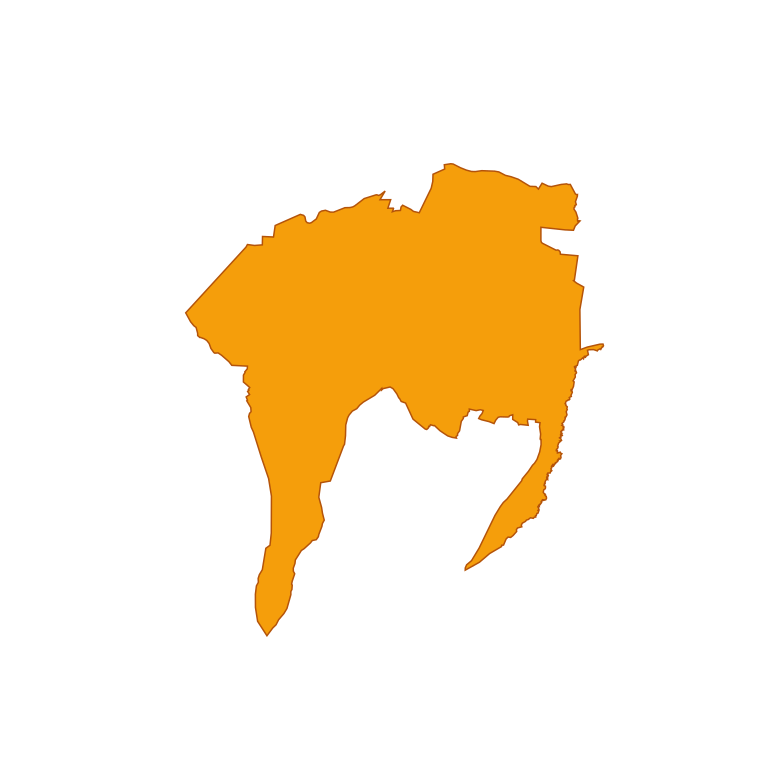 Draganesti, Bihor, Romania (Equal Earth projection), rotated 127°
{"feature_id": "2599482B33118901585448", "entity_name": "Draganesti", "entity_type": "district", "adm_level": 2, "iso_a3": "ROU", "parent_name": "Romania", "parent_adm1": "Bihor", "projection": "equal_earth", "projection_center": [22.416, 46.641], "detail": "fine", "context": "isolated", "style": "filled", "palette": "amber", "viewbox_px": 768, "rotation_deg": 127, "n_neighbors": 0, "source": "geoboundaries", "source_scale": "gbopen_adm2", "svg_char_len": 6171}
<svg xmlns="http://www.w3.org/2000/svg" viewBox="0 0 768 768"><g transform="rotate(127 384 384)"><path d="M446.5,585.2L450.7,575.9L451.9,571.0L451.9,568.1L455.6,563.4L457.5,561.9L457.7,559.1L457.3,558.7L456.1,554.8L455.9,551.7L456.9,548.0L459.8,543.6L461.3,538.8L461.2,537.7L459.0,535.2L458.8,531.0L459.5,521.3L460.7,516.8L451.9,503.8L454.2,502.3L458.0,502.5L458.4,501.9L461.5,501.6L467.0,497.5L467.6,489.1L470.0,489.0L470.2,488.2L472.0,488.5L473.3,485.0L477.3,486.3L479.1,483.3L480.0,483.5L483.0,476.2L486.1,473.5L488.4,473.7L491.4,472.5L498.4,464.0L500.9,459.4L516.0,438.3L529.0,419.2L541.3,406.4L570.9,384.3L581.4,378.0L586.3,379.5L605.6,369.4L611.3,368.8L615.0,367.5L618.0,365.0L622.0,364.4L629.3,360.2L639.8,352.2L649.6,342.1L655.5,326.0L645.7,326.0L641.3,325.3L635.7,326.3L627.6,325.8L621.7,326.4L608.3,331.6L605.8,333.5L603.5,333.9L599.8,336.3L599.5,337.3L596.8,338.6L589.3,341.1L588.1,343.7L585.7,345.6L580.9,347.1L577.9,348.9L566.7,349.8L563.6,348.7L555.1,347.1L552.2,347.1L549.1,344.4L545.5,344.5L543.4,345.5L535.1,347.9L532.5,349.2L528.7,349.8L524.2,355.4L520.1,359.6L513.7,367.9L500.9,375.1L493.8,368.5L457.6,379.1L456.0,379.2L448.5,383.6L439.7,389.9L432.9,392.7L429.8,393.2L424.7,393.0L420.1,390.9L415.5,390.7L410.8,389.6L398.5,384.6L389.0,383.2L390.3,382.3L388.2,381.9L382.7,377.3L382.3,373.9L384.2,367.7L386.2,363.8L386.2,362.9L387.6,359.8L386.2,355.3L394.6,339.7L395.2,324.0L394.6,322.5L392.4,322.1L390.8,322.7L390.5,322.0L388.6,322.4L387.4,319.2L386.8,318.7L387.6,311.3L387.5,308.7L387.1,301.9L385.6,297.4L383.6,293.6L383.0,294.6L382.3,294.8L380.8,294.3L379.4,295.4L375.9,295.5L367.3,299.8L363.8,299.9L362.6,300.8L359.2,298.5L355.9,299.9L354.4,299.4L352.7,300.8L349.8,294.4L346.6,291.6L345.4,288.8L348.6,287.9L352.0,288.1L354.6,287.6L353.9,284.7L350.8,277.4L349.4,272.3L345.6,273.0L341.9,272.8L340.3,271.5L335.9,265.3L335.0,264.5L333.9,264.7L331.1,262.7L334.8,259.9L334.3,254.0L335.6,251.8L334.2,250.7L330.2,244.0L327.3,247.1L325.6,248.1L321.2,241.4L323.2,240.0L321.0,236.1L324.5,234.1L329.8,228.7L333.9,226.2L334.2,225.7L333.8,225.2L338.0,222.0L344.5,218.8L352.2,216.4L356.7,216.1L359.5,216.5L366.8,216.1L376.5,216.5L378.5,215.8L401.9,216.5L406.8,217.4L412.0,217.3L422.1,216.3L457.7,209.3L472.4,207.8L478.7,209.2L482.0,208.4L483.8,207.1L468.9,200.5L455.8,197.6L443.1,192.3L442.0,193.0L440.7,191.6L434.3,193.2L431.6,192.8L430.3,190.5L427.2,189.7L421.9,189.3L420.7,190.6L418.6,190.7L415.1,188.0L414.1,189.4L411.9,189.8L408.5,188.3L407.0,188.4L405.4,187.2L402.7,186.5L401.4,183.9L399.9,183.8L399.0,182.8L398.0,183.7L397.5,183.2L395.4,184.0L394.5,183.3L391.7,184.2L392.1,184.9L390.8,184.9L390.7,185.4L389.7,186.0L389.6,187.2L388.9,187.3L388.2,187.3L388.1,186.5L387.2,187.4L386.6,187.3L386.8,186.8L383.9,186.8L383.4,187.0L383.5,187.6L381.0,187.8L380.3,186.7L381.2,186.8L379.1,185.1L377.3,185.5L376.0,186.9L376.2,187.6L375.7,188.9L375.0,188.8L375.0,190.8L374.6,191.7L372.2,192.8L370.8,192.2L369.8,192.5L368.4,193.6L368.8,195.0L367.5,195.7L366.9,195.3L366.1,195.6L366.2,196.1L364.0,196.8L361.8,196.6L361.8,195.8L360.5,196.8L361.4,197.3L360.6,198.0L358.8,198.2L358.9,197.5L358.3,197.5L357.7,198.5L358.2,198.5L358.1,199.3L356.6,199.6L355.0,197.7L352.9,198.5L353.1,198.0L352.6,197.8L352.1,197.9L352.0,198.7L351.0,199.8L349.9,199.6L349.0,200.7L347.6,200.7L348.1,200.3L348.1,199.4L347.7,199.2L346.4,199.3L346.7,199.8L346.5,200.3L344.2,199.1L343.8,199.7L341.6,198.7L339.9,199.0L340.2,199.6L338.1,199.5L338.5,198.7L337.6,198.0L336.0,198.5L334.9,199.9L332.6,200.0L332.9,201.5L332.4,202.2L334.7,204.0L332.9,205.3L332.9,205.7L333.5,205.6L333.6,206.3L332.4,206.9L331.0,206.6L329.4,207.1L329.2,207.9L326.1,209.0L323.3,208.5L323.4,209.1L322.2,208.3L321.1,210.3L321.5,211.3L321.2,211.6L320.0,210.7L319.3,211.4L317.8,210.6L317.4,211.4L318.5,211.7L318.4,212.4L317.0,212.8L316.2,212.3L316.1,213.6L315.5,214.2L314.7,213.7L314.2,214.1L312.5,213.0L312.4,214.0L311.2,213.8L310.2,214.3L309.9,214.7L310.5,215.1L309.6,216.1L309.9,217.0L308.9,216.8L308.4,218.1L305.8,217.6L305.4,218.1L304.0,217.9L302.3,218.6L301.6,219.4L300.9,218.9L298.5,219.3L296.5,221.8L294.0,222.3L293.7,223.1L291.9,223.9L291.7,225.8L290.6,226.7L290.7,227.5L288.0,228.2L286.5,227.3L285.7,227.4L285.3,226.6L284.2,226.5L283.3,227.9L281.2,226.9L280.6,227.8L277.3,228.6L276.5,229.6L276.9,230.4L276.2,231.1L275.7,231.2L275.3,230.4L271.9,231.2L267.9,233.4L267.7,234.9L263.3,235.4L261.4,237.1L259.2,237.0L258.5,238.0L258.8,239.0L258.3,239.5L257.6,239.2L256.9,240.3L255.6,240.6L256.2,241.5L255.6,242.3L254.8,242.0L254.5,241.1L253.5,241.3L252.8,240.8L248.6,242.6L247.2,242.3L246.6,241.6L243.6,241.0L243.8,239.8L241.5,240.7L240.8,240.2L240.8,239.4L241.6,239.5L241.5,239.2L240.1,239.3L237.6,238.4L234.6,241.8L233.2,240.8L230.4,237.3L229.2,233.6L228.5,233.8L226.2,232.8L225.7,232.5L225.9,231.7L222.9,232.1L222.8,231.6L221.4,231.7L220.3,233.1L222.2,235.5L232.2,243.9L238.4,247.9L206.6,272.4L186.4,282.8L187.5,290.9L187.4,294.9L186.4,294.5L164.9,306.3L174.2,321.2L172.5,322.9L172.1,324.7L172.3,325.8L173.6,327.2L176.3,342.4L176.0,343.8L174.9,345.1L164.4,353.0L151.9,332.1L147.2,325.2L142.7,326.4L135.8,325.6L136.3,326.6L137.4,327.1L137.2,327.6L135.8,328.8L135.0,328.9L134.3,329.8L131.2,334.2L130.0,337.6L128.5,338.4L127.5,338.1L126.6,339.0L125.1,338.3L123.2,340.8L117.6,342.6L116.3,343.5L116.8,343.8L117.0,345.6L112.5,355.3L113.8,356.9L114.3,358.6L118.0,362.6L125.6,369.1L127.1,371.8L128.5,378.6L135.4,378.0L134.9,381.5L138.3,386.4L139.7,400.1L142.0,407.3L144.3,412.6L145.5,419.9L147.5,423.8L154.8,434.3L159.4,438.9L161.6,442.0L163.6,446.9L165.3,453.2L166.7,461.1L167.9,463.2L172.6,467.8L175.8,464.9L187.0,471.1L192.8,467.0L199.3,464.1L226.0,458.9L228.4,464.3L228.4,467.7L230.0,476.7L232.4,476.9L235.5,475.3L238.6,479.0L241.4,481.0L238.1,482.0L238.0,482.4L241.3,486.7L232.8,489.6L239.2,498.1L229.2,499.2L235.0,500.8L236.6,501.7L237.2,503.6L238.0,504.4L247.8,511.4L259.4,514.6L261.5,515.6L263.6,517.4L266.7,521.3L277.1,527.7L279.0,530.3L280.5,535.3L283.5,538.0L285.9,538.9L292.9,537.4L298.8,539.1L300.3,540.1L301.4,542.4L301.0,544.5L298.1,547.7L297.7,549.7L298.9,552.9L322.9,566.3L333.1,560.7L339.3,569.8L346.1,564.9L351.3,570.8L354.8,577.0L357.7,576.6L446.5,585.2Z" fill="#f59e0b" stroke="#b45309" stroke-width="1.5"/></g></svg>